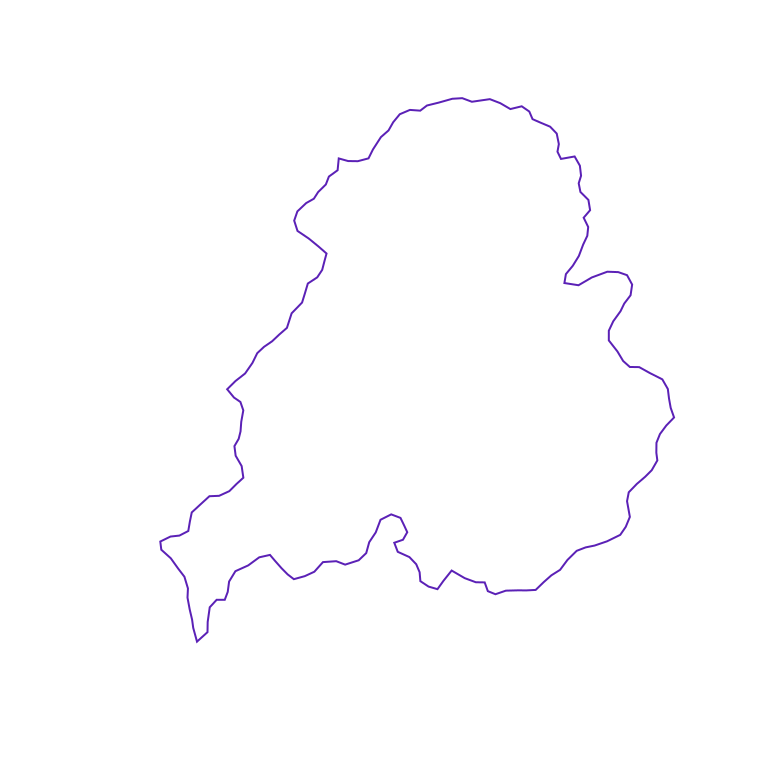 Perdigão, Minas Gerais, Brazil, rotated 249°
{"feature_id": "56859067B61939852809090", "entity_name": "Perdigão", "entity_type": "district", "adm_level": 2, "iso_a3": "BRA", "parent_name": "Brazil", "parent_adm1": "Minas Gerais", "projection": "robinson", "projection_center": [-45.063, -19.922], "detail": "fine", "context": "isolated", "style": "outline", "palette": "violet", "viewbox_px": 768, "rotation_deg": 249, "n_neighbors": 0, "source": "geoboundaries", "source_scale": "gbopen_adm2", "svg_char_len": 2506}
<svg xmlns="http://www.w3.org/2000/svg" viewBox="0 0 768 768"><g transform="rotate(249 384 384)"><path d="M158.5,550.5L164.0,558.5L171.8,565.9L187.5,568.9L195.2,573.7L200.1,584.2L203.8,594.6L207.6,603.1L214.7,611.8L222.2,613.6L231.5,617.3L238.4,623.7L244.1,632.7L248.8,642.8L259.0,643.1L268.4,644.9L277.6,647.2L288.6,645.5L299.2,635.9L308.3,628.3L311.8,619.6L319.8,615.5L330.7,613.6L344.1,609.5L353.2,613.0L360.4,620.5L367.2,630.9L373.0,637.1L378.5,646.0L387.9,651.3L398.5,649.9L404.5,642.8L408.8,632.7L409.0,616.2L406.5,601.0L413.6,588.6L421.4,593.2L426.7,602.6L433.7,611.8L442.8,619.9L449.5,626.9L457.4,630.9L467.7,630.0L472.4,638.7L482.6,640.8L492.9,636.2L501.6,637.7L507.8,642.6L517.6,645.1L528.1,643.5L530.7,629.9L538.7,629.2L545.3,633.2L555.9,635.0L564.7,631.3L571.7,624.0L578.0,617.6L586.3,617.3L593.9,612.1L595.4,600.5L604.5,593.2L612.0,584.9L616.0,567.2L622.8,559.5L625.8,550.0L627.1,535.8L628.6,523.9L626.2,515.8L630.6,506.4L630.2,495.4L625.1,486.4L619.1,479.1L615.6,469.6L606.9,457.7L600.2,450.4L601.4,439.4L605.0,430.4L610.8,422.6L600.2,417.3L597.4,406.9L591.1,401.2L586.8,391.3L582.1,384.9L580.8,376.2L576.2,365.0L568.7,358.7L557.9,358.1L546.9,365.8L535.9,372.1L526.4,377.1L520.4,372.7L512.7,367.2L507.5,359.9L505.1,348.9L496.9,342.6L489.4,336.7L483.1,323.1L471.2,313.5L467.7,303.9L464.0,294.9L461.7,285.3L458.2,276.7L450.8,268.7L443.6,258.1L440.0,246.4L435.3,235.7L425.1,239.1L418.7,243.5L409.8,243.2L399.9,237.2L391.2,233.1L384.9,228.7L379.6,222.1L370.2,219.8L358.4,221.7L346.9,219.1L343.5,210.4L339.4,201.2L338.7,190.0L341.8,180.8L337.5,169.8L333.0,158.5L325.2,153.5L316.9,148.6L315.8,138.7L318.1,130.0L317.1,118.7L309.1,116.7L297.7,122.5L285.4,125.7L275.6,128.6L263.4,127.7L255.0,124.0L243.1,121.8L232.8,120.4L224.7,118.5L210.5,117.1L215.6,130.3L225.0,134.1L238.0,141.3L242.5,150.4L239.6,158.0L245.9,163.6L255.1,168.6L262.5,178.2L263.3,192.2L266.9,205.4L265.3,216.3L257.9,218.9L248.8,222.3L240.8,225.8L234.1,229.9L233.0,241.2L233.7,251.7L239.6,263.2L235.7,275.9L229.3,283.0L228.5,297.2L232.5,306.8L241.6,313.5L248.4,323.1L258.5,332.1L259.7,344.0L253.1,351.4L244.8,352.1L237.3,352.6L231.8,345.9L232.1,336.7L222.4,336.7L213.3,345.7L204.2,349.5L195.5,349.8L186.9,347.3L178.9,353.0L173.3,360.4L178.9,368.9L185.6,380.3L173.8,389.8L166.0,398.7L162.7,406.9L153.4,406.7L147.8,412.7L147.4,423.7L143.4,435.0L140.2,443.2L137.4,451.8L141.8,462.1L145.4,471.7L147.4,481.8L154.0,492.2L159.2,504.1L159.2,513.7L157.7,522.7L157.2,535.8L158.5,550.5Z" fill="none" stroke="#5b21b6" stroke-width="2"/></g></svg>